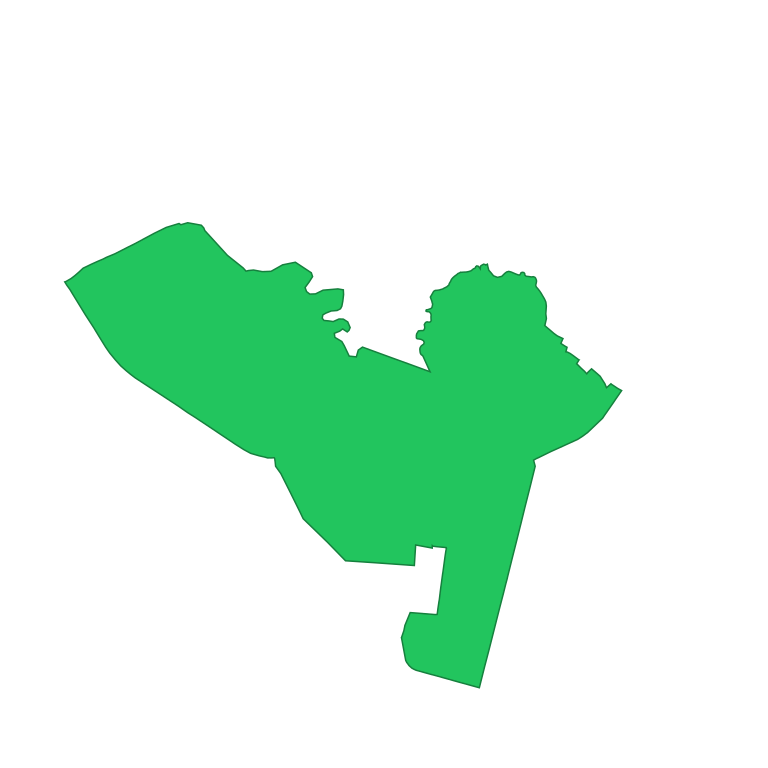 Jeshwang, Banjul, Gambia, rotated 228°
{"feature_id": "56634734B33214654746760", "entity_name": "Jeshwang", "entity_type": "district", "adm_level": 2, "iso_a3": "GMB", "parent_name": "Gambia", "parent_adm1": "Banjul", "projection": "mercator", "projection_center": [-16.661, 13.451], "detail": "fine", "context": "isolated", "style": "filled", "palette": "green", "viewbox_px": 768, "rotation_deg": 228, "n_neighbors": 0, "source": "geoboundaries", "source_scale": "gbopen_adm2", "svg_char_len": 5472}
<svg xmlns="http://www.w3.org/2000/svg" viewBox="0 0 768 768"><g transform="rotate(228 384 384)"><path d="M94.5,251.6L106.8,269.9L116.4,284.5L133.8,310.5L137.6,316.2L140.8,321.0L141.0,321.3L148.4,332.5L154.0,340.8L157.1,345.6L158.0,346.8L169.6,364.0L177.7,376.1L181.6,381.9L186.6,389.3L188.6,392.3L196.7,404.2L197.6,405.5L210.1,424.2L221.7,441.3L221.9,441.4L227.3,444.2L226.6,447.4L225.8,449.8L225.6,450.6L223.3,458.7L222.1,462.9L217.8,476.4L217.1,478.7L213.9,488.8L213.3,490.7L213.0,492.3L212.2,497.5L211.9,501.1L211.7,502.6L212.2,519.5L212.2,520.3L212.3,523.5L213.3,527.4L214.1,531.0L214.6,532.9L214.6,533.1L217.0,543.3L217.6,545.6L220.1,556.2L222.9,555.2L224.8,554.6L225.6,554.4L226.4,554.2L228.0,553.8L229.5,553.4L231.3,552.9L232.3,552.8L232.3,551.3L232.3,549.7L232.3,548.4L232.4,546.9L235.6,548.0L236.3,548.3L240.5,549.0L242.9,549.4L245.1,549.8L250.3,549.2L250.5,549.1L251.1,549.1L256.4,548.4L256.3,544.6L256.3,544.3L256.2,543.0L255.9,541.5L256.1,541.5L259.5,541.5L263.8,541.1L269.7,540.8L270.1,540.7L271.4,544.9L271.4,545.1L271.9,544.9L278.5,543.6L282.0,542.8L284.9,541.7L286.3,540.7L287.3,542.3L288.8,544.6L291.5,543.7L295.8,542.6L297.1,545.4L298.0,547.4L303.7,545.0L307.9,544.1L312.8,543.5L314.9,543.2L315.2,543.1L315.6,543.1L317.7,542.8L319.9,542.6L320.2,543.2L321.5,545.0L323.2,547.4L323.6,548.0L324.1,548.6L327.9,551.2L330.0,553.4L333.3,556.8L336.6,559.1L338.7,559.8L338.9,559.9L340.4,560.3L343.9,561.0L346.2,561.5L349.1,561.9L351.8,562.1L353.1,562.1L354.2,562.1L355.9,562.8L356.9,564.3L358.0,565.8L359.1,566.7L361.2,567.5L362.5,567.5L363.9,566.7L364.9,565.2L366.4,564.0L367.7,562.9L368.8,561.8L370.5,561.5L372.0,562.5L373.3,562.5L374.5,561.5L375.0,560.3L374.5,559.1L374.3,558.3L374.2,557.8L375.2,556.8L377.5,555.6L382.2,553.4L384.2,552.1L385.2,550.1L385.4,547.9L385.4,547.5L385.3,545.5L385.3,545.4L385.2,543.5L385.4,543.2L387.3,539.7L391.1,537.8L395.3,538.0L398.4,538.0L401.9,539.8L403.3,540.7L403.7,540.9L403.9,541.0L404.3,539.3L404.5,539.4L405.4,538.9L406.4,538.2L407.0,535.5L407.0,534.7L405.8,533.2L405.2,532.6L407.7,532.9L408.3,532.9L409.7,532.0L409.8,530.6L409.3,530.0L409.3,528.8L409.6,528.0L409.8,527.0L409.8,526.0L409.9,524.4L410.8,522.4L411.7,520.8L412.6,519.5L412.7,519.4L414.2,517.6L415.0,516.5L415.9,515.6L416.0,514.5L416.6,513.0L416.6,511.5L416.7,510.4L416.9,508.6L416.9,506.8L416.9,506.4L416.8,505.5L416.7,504.7L416.5,503.8L415.9,502.6L415.5,501.4L415.0,499.7L414.2,498.6L414.2,497.5L414.2,496.8L414.2,495.7L414.4,495.0L414.5,494.7L414.7,493.9L415.2,492.1L415.3,491.2L416.2,489.5L416.8,488.1L418.0,486.3L419.1,484.9L419.3,484.6L419.6,483.1L419.6,482.8L418.2,478.6L417.6,476.6L413.6,475.0L411.8,474.0L410.9,473.7L409.8,472.3L408.7,470.7L408.7,469.6L408.9,468.8L409.3,467.9L409.9,466.4L410.8,465.1L410.2,464.0L409.1,464.3L407.5,465.8L406.3,466.1L404.6,465.7L404.1,465.4L403.4,464.9L402.4,463.7L401.8,463.3L400.6,462.2L399.8,461.9L399.3,460.7L399.3,459.5L399.8,458.8L401.4,457.6L401.9,456.0L401.2,453.7L399.1,452.4L398.2,451.5L397.9,450.8L397.5,450.2L397.5,448.9L399.3,446.8L400.4,445.1L399.4,441.8L398.5,440.6L396.6,438.9L395.5,438.9L393.7,440.4L392.2,441.5L389.8,442.3L388.0,441.7L387.1,440.2L387.3,438.5L387.4,437.2L386.9,435.3L386.0,434.0L384.8,433.1L383.6,432.2L382.5,431.6L381.3,431.3L381.0,431.3L379.5,431.6L378.6,431.6L362.3,426.4L378.4,417.9L397.7,407.6L425.8,392.7L426.4,387.6L422.7,381.6L427.8,377.0L428.0,376.8L439.1,380.1L443.8,381.1L451.5,378.7L454.9,381.0L452.9,386.4L452.6,390.1L447.3,391.5L447.3,393.9L448.6,396.6L454.4,398.6L459.4,397.2L462.4,394.1L464.4,388.0L467.7,385.3L471.4,381.9L474.2,382.1L476.3,384.8L475.6,388.1L473.6,393.6L470.0,398.3L469.0,402.0L470.0,404.7L473.1,408.8L477.5,413.8L481.2,416.8L485.5,413.4L494.5,401.5L496.8,393.4L500.5,389.0L504.5,388.3L508.5,389.9L509.9,396.7L511.6,402.8L515.3,404.4L533.8,399.6L540.4,388.4L543.3,375.5L548.2,369.6L549.0,368.7L556.0,363.3L559.0,359.2L560.2,357.0L560.3,357.0L564.5,357.0L584.4,353.7L617.9,353.5L620.6,354.5L624.2,354.5L628.4,351.3L635.2,346.0L638.3,339.6L640.4,339.1L646.1,326.9L649.7,314.2L655.3,291.5L656.8,286.2L660.9,270.9L663.9,262.4L664.8,258.9L666.8,253.1L668.9,246.5L669.9,243.0L671.4,237.9L671.3,232.1L671.4,226.7L671.8,221.8L672.2,220.0L673.0,216.2L673.5,215.1L669.7,214.4L664.2,213.8L660.7,213.1L652.6,211.6L635.4,208.4L619.6,205.9L616.6,205.3L608.6,203.8L597.6,201.8L590.5,200.9L581.4,200.5L573.6,200.5L566.4,201.3L561.0,202.1L555.1,203.2L505.4,216.3L494.2,218.9L484.9,221.5L444.4,231.8L439.1,233.1L429.1,235.9L421.7,238.5L414.1,243.2L409.6,246.4L407.0,248.0L405.6,249.6L404.1,251.2L403.0,252.7L402.6,253.1L401.2,252.6L400.6,252.1L399.1,251.1L395.4,248.4L386.5,247.4L376.3,244.6L366.8,242.0L345.4,236.0L338.0,233.8L307.1,235.9L304.4,236.1L278.4,237.1L270.9,244.4L257.0,257.9L243.1,271.3L228.8,285.1L242.7,299.3L243.2,299.8L230.4,309.6L229.8,310.0L231.5,311.7L230.9,311.7L230.2,312.3L228.2,314.0L220.8,320.8L220.6,320.7L220.2,320.2L220.0,320.3L218.5,318.2L215.2,314.2L204.6,301.7L204.2,301.2L203.9,300.8L197.1,292.8L197.0,292.7L195.1,290.4L186.2,280.2L185.9,279.7L181.1,273.9L177.5,269.7L177.4,269.5L177.2,269.3L178.3,267.9L179.0,267.2L186.0,260.6L186.8,259.8L187.8,258.9L196.0,251.1L196.3,250.8L196.6,250.5L190.6,238.0L189.9,237.1L188.5,235.2L187.5,233.9L184.2,228.0L183.9,227.6L183.9,227.3L182.7,226.6L164.1,215.2L162.0,214.6L157.9,214.2L154.1,214.6L153.8,214.7L153.6,214.8L151.9,215.4L150.3,216.1L150.1,216.2L149.8,216.3L135.7,225.3L135.5,225.5L122.6,233.7L113.4,239.5L94.8,251.4L94.5,251.6Z" fill="#22c55e" stroke="#15803d" stroke-width="1.5"/></g></svg>